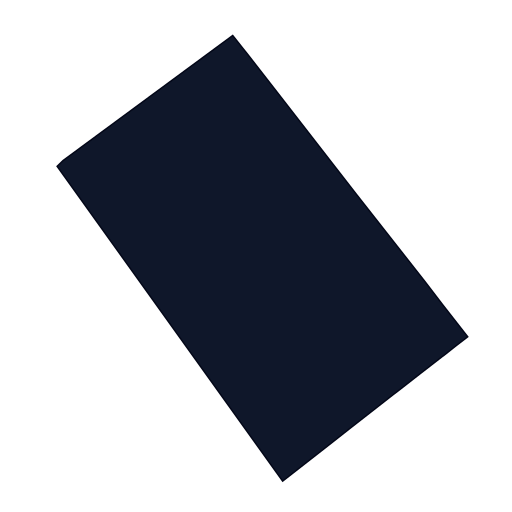 McDonald, Missouri, United States of America, rotated 232°
{"feature_id": "52423323B38685090591700", "entity_name": "McDonald", "entity_type": "district", "adm_level": 2, "iso_a3": "USA", "parent_name": "United States of America", "parent_adm1": "Missouri", "projection": "albers", "projection_center": [-94.424, 36.633], "detail": "fine", "context": "isolated", "style": "filled", "palette": "ink", "viewbox_px": 512, "rotation_deg": 232, "n_neighbors": 0, "source": "geoboundaries", "source_scale": "gbopen_adm2", "svg_char_len": 492}
<svg xmlns="http://www.w3.org/2000/svg" viewBox="0 0 512 512"><g transform="rotate(232 256 256)"><path d="M444.1,373.4L450.0,162.8L449.1,154.5L62.2,138.4L62.2,195.6L62.3,223.7L62.3,225.0L62.3,273.7L62.3,278.7L62.2,285.5L62.2,304.3L62.2,312.2L62.1,340.1L62.1,340.9L62.0,342.5L62.1,357.0L62.1,359.4L62.0,373.1L103.4,373.1L131.6,373.4L243.4,373.1L308.3,373.3L370.4,373.5L419.8,373.6L420.4,373.6L427.7,373.5L428.9,373.5L444.1,373.4Z" fill="#0f172a" stroke="#020617" stroke-width="1.5"/></g></svg>